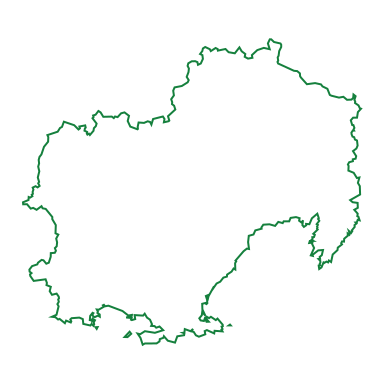 outline of Maga Buryatdan
{"feature_id": "RUS-2615", "entity_name": "Maga Buryatdan", "entity_type": "Region", "adm_level": 1, "iso_a3": "RUS", "parent_name": "Russia", "parent_adm1": "", "projection": "albers", "projection_center": [153.715, 62.596], "detail": "fine", "context": "isolated", "style": "outline", "palette": "green", "viewbox_px": 384, "rotation_deg": 0, "n_neighbors": 0, "source": "natural_earth", "source_scale": "10m", "svg_char_len": 5903}
<svg xmlns="http://www.w3.org/2000/svg" viewBox="0 0 384 384"><path d="M184.1,335.2L177.3,336.3L175.0,342.6L167.8,340.7L163.9,336.2L163.4,337.8L159.8,339.1L159.5,341.4L156.6,343.4L144.8,343.5L142.7,344.7L140.5,337.9L137.6,333.6L140.2,334.2L144.9,331.2L154.9,332.8L163.2,330.2L159.5,326.5L156.2,327.7L154.6,326.1L151.2,325.9L152.0,324.2L150.0,319.7L147.0,317.6L144.7,313.7L143.1,315.6L134.6,315.1L135.2,319.1L131.8,320.1L131.0,319.7L131.6,318.0L126.2,317.5L131.8,315.9L131.9,314.9L128.3,315.5L122.5,311.0L108.4,305.7L105.1,306.3L103.9,304.8L102.9,305.3L103.9,306.7L98.7,309.7L96.8,309.5L97.9,311.6L97.4,312.9L99.7,314.5L99.8,316.7L97.9,315.6L94.8,317.1L93.3,316.4L92.3,314.9L93.4,313.2L92.6,312.8L90.2,315.9L89.8,320.1L91.3,320.4L92.5,318.8L92.3,320.9L93.5,319.3L95.0,320.2L93.7,322.4L94.2,324.3L93.4,325.8L91.6,323.9L90.4,325.5L83.3,323.9L82.8,319.1L79.3,317.6L71.6,318.2L70.3,319.4L71.3,321.4L70.8,322.5L66.1,320.6L64.9,323.2L59.6,318.9L58.1,319.5L55.4,317.2L51.9,316.8L56.5,314.8L58.6,306.3L57.4,304.1L58.8,301.8L58.2,299.5L59.0,298.2L58.7,296.6L56.6,293.6L52.0,294.8L49.7,291.2L50.8,286.8L46.5,285.1L46.9,282.9L45.6,279.3L33.7,280.9L30.3,276.0L30.0,274.4L31.5,273.1L29.6,271.6L29.4,269.6L32.1,266.1L37.3,264.4L38.0,262.7L41.6,259.9L43.5,260.3L46.3,263.7L48.8,262.7L50.7,256.8L50.8,253.1L54.8,252.8L55.9,250.8L54.9,248.1L56.7,246.3L57.1,242.3L56.2,238.6L58.3,234.6L55.5,233.3L55.8,225.1L52.3,219.2L52.3,217.0L45.7,208.9L42.6,208.3L41.5,206.2L36.6,209.8L33.2,207.9L30.7,208.6L27.0,204.2L23.2,204.3L23.0,202.3L28.5,200.0L28.7,197.0L30.1,197.6L32.4,196.2L31.7,194.8L32.9,193.8L32.6,192.0L33.4,189.6L32.7,187.6L35.6,186.2L37.6,187.4L39.6,185.9L38.2,183.3L39.1,181.9L37.8,177.5L39.3,171.3L38.2,166.6L39.1,163.4L38.7,159.9L39.5,156.9L41.4,154.5L44.0,146.8L48.1,141.7L48.3,137.1L47.4,135.1L57.7,131.7L60.0,128.0L62.0,126.9L63.9,121.7L74.2,125.2L78.5,129.5L79.9,128.4L79.4,126.5L85.2,125.4L85.7,127.6L84.9,128.4L84.5,130.7L87.1,131.9L86.8,133.6L87.4,134.6L88.9,133.6L89.9,135.0L93.5,130.8L93.9,128.2L95.8,126.2L96.6,123.6L92.5,118.2L93.6,117.0L93.1,115.5L95.6,114.7L98.4,111.0L100.6,112.4L103.3,116.8L111.8,116.6L113.8,118.1L115.0,116.5L117.6,117.1L121.1,113.3L124.5,112.4L129.0,115.8L127.7,121.0L130.3,126.6L137.5,129.3L137.9,128.9L137.7,126.8L138.6,122.5L144.0,122.9L147.7,121.3L150.1,122.0L151.4,124.6L153.1,119.0L162.9,116.5L164.5,119.0L163.9,122.3L168.7,121.2L169.3,120.6L168.0,116.2L175.3,109.5L174.1,105.7L172.0,104.1L172.2,102.2L171.2,99.2L173.9,95.4L173.2,90.7L174.6,87.4L181.8,86.0L187.7,82.3L188.7,80.1L186.7,76.9L188.5,72.1L188.9,68.5L187.6,65.9L188.3,63.3L191.7,61.3L195.2,61.2L197.4,62.1L198.0,64.8L200.8,63.5L202.9,58.9L202.4,55.1L200.1,54.0L202.3,51.1L202.9,48.5L205.2,47.0L209.8,49.2L210.8,51.1L215.6,48.0L217.7,49.1L217.9,50.6L225.5,49.0L228.6,52.2L234.8,53.3L239.4,47.4L241.7,51.3L245.3,54.0L244.7,56.8L248.0,58.6L252.4,57.8L251.9,55.1L257.3,50.1L263.8,47.9L269.7,49.2L267.9,43.4L269.8,39.3L271.2,39.3L274.0,42.0L280.5,43.5L281.2,44.7L281.2,47.0L279.2,51.1L278.6,55.7L277.7,57.4L278.2,60.7L277.5,61.9L278.1,63.5L294.0,70.8L297.2,71.1L299.9,73.4L300.1,76.2L300.9,77.5L306.9,84.2L315.1,83.1L321.0,84.4L322.5,86.4L327.4,88.8L329.8,94.9L331.4,95.7L339.0,97.6L343.4,96.8L347.0,99.8L351.5,99.6L353.2,97.9L353.5,94.5L355.6,96.2L354.4,99.9L355.2,101.4L355.0,103.0L358.5,105.4L359.8,108.2L361.0,108.7L357.9,112.1L357.0,117.7L353.1,117.7L350.8,120.3L352.2,125.0L353.4,125.1L354.4,127.9L353.5,129.5L354.1,130.6L352.7,130.7L351.4,132.7L351.6,134.3L352.5,136.6L354.2,137.2L354.9,139.5L357.0,140.5L357.6,145.6L356.4,148.5L353.0,151.1L356.2,156.1L355.6,158.7L352.8,159.3L352.9,161.2L349.2,162.2L347.9,164.5L348.6,165.9L348.4,170.6L353.7,172.8L356.9,178.0L359.4,177.5L357.9,182.9L359.8,186.1L360.1,194.5L350.2,200.1L352.6,202.2L357.6,202.9L357.8,207.8L354.3,209.8L357.7,213.7L357.3,216.2L358.4,216.7L359.6,220.3L357.7,219.8L356.8,222.4L355.6,222.5L356.5,223.5L354.5,225.1L354.7,226.9L351.8,230.4L352.3,231.1L351.1,233.0L348.9,231.0L349.8,233.8L349.4,234.8L347.7,233.5L347.8,235.7L344.2,238.7L344.0,241.6L342.1,241.4L341.2,243.2L342.0,244.4L337.8,247.6L337.5,250.1L332.7,254.5L331.1,262.0L328.9,260.5L328.1,262.4L326.4,261.6L323.7,263.3L323.9,261.5L321.5,267.4L319.2,269.0L318.7,265.6L320.1,265.3L319.6,264.1L320.4,262.5L320.3,260.9L318.5,259.0L320.1,258.8L319.7,256.9L321.8,255.2L323.0,250.0L318.2,250.4L312.5,254.9L312.8,255.9L310.8,255.4L314.1,248.0L312.1,243.9L312.4,242.6L309.2,243.0L309.8,241.0L313.3,240.9L311.5,239.9L312.6,238.8L312.3,237.2L314.0,237.0L314.8,234.8L313.3,233.8L317.7,229.5L317.0,228.7L317.5,227.4L317.0,226.7L317.9,224.9L316.7,224.1L319.3,220.8L318.1,219.0L318.8,218.2L317.3,213.7L311.9,218.3L309.4,224.2L306.1,223.9L306.2,225.3L303.9,226.9L302.4,225.1L303.0,220.3L301.6,222.6L299.1,220.7L299.6,218.2L296.0,217.1L290.6,217.9L289.2,221.3L283.7,221.3L282.7,223.1L278.3,221.9L275.1,225.9L269.5,224.3L263.3,224.7L261.4,227.5L261.6,228.7L255.3,230.4L253.5,234.5L248.8,235.8L248.1,242.1L249.0,249.0L246.9,248.6L243.6,251.2L235.5,260.6L236.2,261.3L235.1,263.2L235.3,269.5L233.6,268.5L231.6,271.6L227.1,274.6L226.9,276.6L223.4,277.6L220.2,281.7L216.6,283.5L213.9,287.4L214.0,286.3L208.5,296.3L207.5,300.6L207.7,297.3L209.0,294.7L205.9,296.0L207.1,299.8L207.3,303.3L205.8,304.6L206.5,302.7L202.2,303.8L202.4,309.4L205.3,315.6L202.2,312.1L201.8,315.3L199.3,318.3L200.6,320.4L203.9,321.0L205.1,317.6L206.0,317.2L205.6,319.9L206.5,321.8L208.8,321.7L206.7,319.3L206.5,316.7L209.1,318.1L210.9,316.8L215.8,320.1L217.5,318.6L222.7,324.7L222.8,326.2L221.6,326.6L222.5,329.0L221.5,329.6L222.5,331.4L214.6,330.8L214.2,333.4L206.9,330.1L204.7,331.1L205.3,334.3L198.9,336.7L195.9,335.3L193.7,331.9L191.5,331.4L193.0,328.9L190.6,331.2L184.8,329.1L184.4,332.6L183.0,332.8L184.4,333.4L184.1,335.2ZM129.6,331.7L131.2,333.8L127.5,337.1L124.6,337.0L129.6,331.7ZM96.7,328.9L95.5,327.2L97.6,327.1L96.7,328.9ZM228.9,325.4L230.0,324.6L230.7,325.4L228.9,325.4Z" fill="none" stroke="#15803d" stroke-width="2"/></svg>